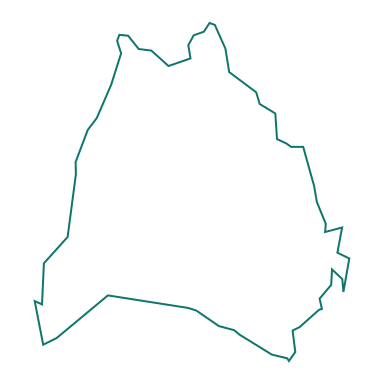 Davidson, Tennessee, United States of America (Equal Earth projection)
{"feature_id": "52423323B37401868728279", "entity_name": "Davidson", "entity_type": "district", "adm_level": 2, "iso_a3": "USA", "parent_name": "United States of America", "parent_adm1": "Tennessee", "projection": "equal_earth", "projection_center": [-86.739, 36.187], "detail": "fine", "context": "isolated", "style": "outline", "palette": "teal", "viewbox_px": 384, "rotation_deg": 0, "n_neighbors": 0, "source": "geoboundaries", "source_scale": "gbopen_adm2", "svg_char_len": 820}
<svg xmlns="http://www.w3.org/2000/svg" viewBox="0 0 384 384"><path d="M288.9,361.0L295.3,352.0L292.6,330.5L299.5,327.2L319.1,309.7L321.9,309.0L319.6,298.6L331.2,284.9L332.0,269.4L342.3,279.1L343.4,292.0L349.3,258.5L337.4,252.7L342.1,227.5L325.1,232.0L325.8,223.9L316.9,202.1L314.1,186.0L303.2,146.9L291.1,146.9L286.6,143.6L277.0,139.1L275.3,113.5L259.7,104.0L256.2,92.3L229.2,72.1L225.4,48.6L214.8,24.9L209.5,23.0L203.9,31.7L193.7,35.3L188.3,45.2L190.5,58.4L168.5,66.0L151.4,50.6L138.7,49.0L128.1,35.7L119.4,34.8L117.1,40.7L121.1,53.4L111.1,84.9L96.8,118.0L87.7,130.0L75.6,162.1L75.9,174.3L67.6,237.0L43.9,263.3L42.0,304.4L34.7,301.1L43.2,344.7L56.7,338.0L107.9,295.4L188.4,308.0L196.4,310.6L218.9,326.1L234.0,330.1L239.6,334.7L271.8,354.6L287.2,358.3L288.9,361.0Z" fill="none" stroke="#0f766e" stroke-width="2"/></svg>